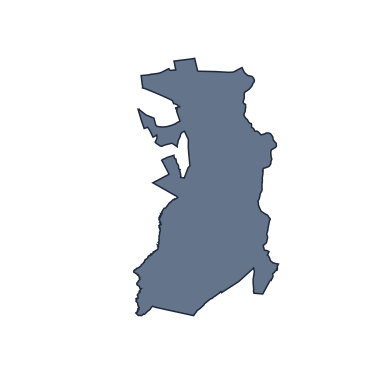 Stejaru, Tulcea, Romania, rotated 54°
{"feature_id": "2599482B28008731037476", "entity_name": "Stejaru", "entity_type": "district", "adm_level": 2, "iso_a3": "ROU", "parent_name": "Romania", "parent_adm1": "Tulcea", "projection": "natural_earth1", "projection_center": [28.523, 44.782], "detail": "fine", "context": "isolated", "style": "filled", "palette": "slate", "viewbox_px": 384, "rotation_deg": 54, "n_neighbors": 0, "source": "geoboundaries", "source_scale": "gbopen_adm2", "svg_char_len": 6085}
<svg xmlns="http://www.w3.org/2000/svg" viewBox="0 0 384 384"><g transform="rotate(54 192 192)"><path d="M78.7,170.9L80.8,169.2L86.2,165.8L93.8,161.2L104.8,154.9L106.7,154.2L109.8,154.9L110.0,154.4L113.1,152.5L115.0,152.7L115.4,151.8L115.8,151.9L114.3,155.7L115.4,156.2L115.9,155.4L116.6,155.9L117.4,156.9L127.6,160.0L127.1,163.1L126.9,166.0L126.0,169.5L124.4,173.7L122.4,177.3L119.5,180.7L118.0,181.8L116.6,182.0L109.9,179.4L102.7,183.9L95.1,186.1L93.9,186.1L93.9,186.4L93.3,187.0L104.4,190.9L112.5,193.4L113.6,189.8L116.8,189.9L124.7,191.3L125.0,189.9L125.2,187.1L127.4,188.3L128.7,189.9L129.7,192.0L130.3,192.5L131.0,192.5L135.8,190.8L136.7,190.2L137.4,189.3L137.4,188.5L138.0,186.3L140.5,180.1L140.9,179.6L143.2,178.5L146.7,177.4L145.5,176.5L143.8,174.4L142.5,173.2L140.5,169.5L138.3,166.7L137.9,164.8L138.4,162.4L147.4,164.1L153.6,168.7L158.4,171.7L169.6,178.3L170.2,181.1L176.1,190.0L173.6,192.5L173.2,192.7L172.8,191.9L171.4,191.0L169.2,190.0L167.6,189.5L166.9,188.4L166.1,189.1L165.0,188.9L163.0,187.6L161.1,187.2L159.9,187.5L155.7,185.6L155.0,186.2L154.3,186.3L152.5,185.6L151.7,185.0L149.3,192.2L149.1,194.3L148.5,196.0L148.5,197.9L152.4,198.3L164.0,200.1L164.0,201.4L161.5,218.3L186.6,206.9L188.1,206.8L187.9,209.8L187.4,210.1L187.8,210.4L187.8,210.9L187.5,210.9L187.1,211.9L187.2,213.0L187.7,215.0L187.8,215.7L187.5,215.7L187.5,216.6L189.4,222.6L188.8,224.3L190.5,228.4L191.6,228.6L192.0,229.1L191.6,229.8L191.1,230.1L192.4,230.6L192.2,231.0L192.4,231.5L192.9,231.6L192.9,231.9L192.4,232.0L192.6,232.4L193.3,231.9L193.5,232.6L193.9,232.8L193.4,233.7L194.4,234.0L194.3,234.5L194.5,234.7L195.3,235.0L196.2,234.9L197.0,235.2L197.6,235.5L197.7,236.1L198.0,235.9L198.1,235.4L198.4,235.3L198.8,235.9L199.1,235.8L199.3,236.1L200.2,236.2L200.2,236.6L199.8,237.0L199.5,236.7L199.2,236.7L199.3,237.0L200.1,237.7L200.1,238.1L199.8,238.5L200.9,239.1L201.5,238.9L201.5,239.5L202.1,239.5L202.6,239.8L202.9,239.8L203.0,239.4L203.3,239.5L203.8,240.1L204.6,240.3L204.7,240.8L205.4,241.3L205.4,241.8L207.2,243.1L208.6,244.9L209.9,245.6L211.2,246.9L212.1,247.2L212.8,248.2L213.3,248.4L213.0,249.0L213.9,248.9L214.4,249.3L215.1,250.7L214.5,251.1L216.2,251.4L216.0,251.7L216.1,251.9L216.6,251.6L216.6,252.0L217.4,252.2L218.2,253.4L218.1,254.0L218.4,254.5L218.1,255.1L218.0,256.1L218.3,256.6L218.0,257.0L218.4,257.7L217.8,258.2L217.7,258.6L218.6,259.6L218.4,260.8L219.0,261.5L218.0,261.7L218.3,262.5L218.9,263.3L218.3,263.8L218.2,265.1L218.8,265.7L218.8,266.1L219.3,266.5L219.5,268.1L219.2,269.7L220.1,271.2L220.8,272.0L220.6,272.5L221.1,273.4L221.1,275.7L221.8,276.8L221.8,280.0L221.7,280.7L221.3,281.2L221.2,282.1L221.7,282.9L221.6,283.6L221.3,284.3L221.7,285.6L222.9,286.2L223.5,285.7L224.7,285.4L225.4,284.9L226.9,284.9L226.7,284.4L226.9,284.3L227.7,284.4L227.9,284.2L229.6,284.7L230.5,284.4L230.7,284.7L230.7,285.0L230.9,285.3L231.6,285.7L232.1,285.6L232.4,287.0L232.7,287.8L232.6,288.2L233.1,288.8L233.1,289.7L233.7,290.6L234.8,291.0L237.3,290.2L239.4,290.7L239.8,290.6L240.4,289.8L240.7,291.3L241.1,291.9L241.0,292.4L241.2,293.1L241.7,293.1L242.2,292.8L242.7,293.3L242.4,294.5L243.1,296.7L243.6,297.0L244.2,296.8L246.2,298.0L246.2,299.0L245.6,299.1L245.8,299.5L245.4,300.0L246.1,300.4L246.0,299.9L246.4,300.0L247.3,300.9L247.4,301.5L247.6,301.6L249.4,301.1L252.4,302.6L254.3,302.6L254.6,303.1L254.5,303.7L255.0,303.8L254.5,304.1L254.6,304.4L255.5,304.7L255.6,305.4L256.6,305.7L256.8,306.4L256.5,306.6L257.1,307.0L257.2,307.3L256.9,307.6L256.8,308.0L256.8,308.5L257.0,308.6L260.2,308.0L260.6,307.8L261.1,306.7L262.3,305.7L262.4,305.3L262.4,303.9L262.1,303.0L262.9,302.3L263.0,302.0L262.4,297.9L262.4,295.6L262.2,294.5L261.6,293.1L261.2,291.2L264.7,288.5L273.4,280.8L293.0,263.3L292.3,261.7L291.4,258.5L290.9,257.6L291.0,254.1L290.4,248.8L289.8,247.7L289.3,240.6L289.9,238.0L289.6,235.5L289.8,234.6L289.8,229.4L289.5,227.9L289.6,227.0L290.8,227.3L291.9,206.6L289.7,186.8L293.1,188.4L298.5,193.8L300.6,195.4L307.3,199.5L308.0,200.3L309.5,200.9L310.0,201.4L310.3,201.4L316.1,194.7L309.8,181.5L309.3,179.5L309.8,179.6L308.5,176.9L307.5,175.7L306.4,175.4L305.5,174.5L305.5,172.9L305.0,171.2L305.0,169.9L304.2,169.0L305.0,168.7L303.7,167.6L302.0,166.5L301.9,165.8L301.2,165.1L301.1,164.5L300.1,165.3L299.2,166.4L297.6,167.4L297.1,168.0L294.3,168.8L293.6,168.9L290.9,168.0L287.2,167.6L287.1,167.8L285.6,164.8L283.6,165.6L281.7,167.6L281.1,167.6L279.8,166.8L278.2,166.5L277.9,166.0L276.9,165.5L277.1,164.8L276.8,161.6L273.3,157.6L271.9,156.9L269.9,156.3L267.5,153.1L266.5,152.3L261.2,146.7L260.0,144.6L258.8,144.5L257.3,144.7L256.0,144.5L254.9,144.6L251.3,146.3L248.1,147.4L243.2,146.4L240.9,145.6L240.0,144.8L238.2,144.0L236.8,141.3L235.2,139.5L233.8,138.2L233.2,137.4L232.4,135.2L231.6,134.2L226.5,130.6L225.8,129.7L224.2,128.4L221.7,126.7L220.3,125.2L218.1,123.2L217.0,122.6L216.9,122.1L216.7,122.0L216.2,122.2L215.6,121.3L215.0,120.8L214.9,119.9L215.3,119.3L216.5,115.2L216.4,113.6L215.8,113.0L215.8,112.3L215.3,111.5L213.8,110.3L212.3,108.1L209.6,107.1L208.4,106.2L207.2,105.7L204.6,103.3L204.6,101.4L204.8,100.9L205.0,98.4L204.6,96.9L204.2,96.5L201.9,95.2L200.5,95.5L199.2,95.5L198.2,95.7L196.5,95.2L194.7,94.2L191.3,94.2L190.7,94.4L189.4,95.3L188.0,97.0L187.6,99.1L186.5,102.4L185.8,102.7L183.0,102.9L181.7,103.3L180.9,103.7L180.1,105.0L179.6,105.4L179.2,105.5L178.2,105.0L176.7,105.0L174.5,105.7L172.2,104.0L171.6,103.8L171.0,104.1L170.7,104.6L169.0,105.1L166.1,104.7L163.5,105.2L160.6,105.0L160.4,104.6L159.2,103.9L158.8,102.8L157.7,101.1L156.1,100.0L155.2,98.8L154.1,98.3L152.9,97.3L152.0,97.4L151.1,98.1L149.5,98.0L146.4,94.2L144.1,92.7L142.7,91.4L142.1,89.9L142.4,88.9L142.4,85.2L142.0,83.0L141.6,82.1L141.4,81.2L140.9,80.1L140.1,79.3L139.7,77.7L138.8,76.3L138.2,75.8L136.6,75.4L134.6,75.4L133.7,75.6L131.4,77.6L130.2,78.5L126.1,79.4L120.7,78.4L119.3,87.9L118.7,89.0L116.5,92.3L108.4,102.2L97.8,116.1L97.4,116.3L85.4,111.3L83.8,114.6L75.5,129.6L83.6,133.3L83.4,133.5L83.6,133.6L80.8,138.2L80.2,138.4L78.7,138.2L78.5,138.5L77.2,146.8L76.1,149.7L73.0,155.5L72.5,156.0L72.1,157.7L67.9,164.7L75.8,169.1L77.2,169.6L78.7,170.9Z" fill="#64748b" stroke="#1e293b" stroke-width="1.5"/></g></svg>